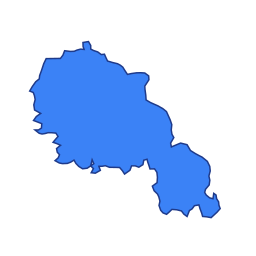 the district of Iperó, São Paulo, Brazil, rotated 188°
{"feature_id": "56859067B7713845214146", "entity_name": "Iperó", "entity_type": "district", "adm_level": 2, "iso_a3": "BRA", "parent_name": "Brazil", "parent_adm1": "São Paulo", "projection": "albers", "projection_center": [-47.636, -23.405], "detail": "fine", "context": "isolated", "style": "filled", "palette": "blue", "viewbox_px": 256, "rotation_deg": 188, "n_neighbors": 0, "source": "geoboundaries", "source_scale": "gbopen_adm2", "svg_char_len": 2136}
<svg xmlns="http://www.w3.org/2000/svg" viewBox="0 0 256 256"><g transform="rotate(188 128 128)"><path d="M201.5,195.7L202.6,191.0L204.6,187.5L218.7,185.3L220.4,179.9L221.6,173.2L222.8,167.6L222.7,164.3L225.8,161.0L228.5,155.8L230.5,150.9L226.8,150.0L225.2,147.1L223.9,143.3L224.5,137.8L223.0,132.8L219.3,131.4L216.5,130.3L220.4,126.6L222.6,122.3L218.6,121.4L214.0,120.3L213.7,115.9L216.4,113.6L219.8,113.1L215.2,110.4L212.3,110.1L209.3,111.0L206.6,112.2L202.9,112.7L198.7,112.9L196.1,109.9L198.2,106.7L200.2,103.4L196.2,102.6L192.4,101.5L195.9,97.7L194.7,94.2L192.1,92.0L193.0,88.7L195.7,85.5L191.2,83.8L188.0,83.6L183.1,84.5L180.0,86.2L177.0,88.7L174.7,85.7L171.4,83.1L167.3,81.3L162.8,82.5L159.7,85.3L156.6,83.0L158.2,78.6L154.1,78.7L149.5,82.2L151.5,86.0L148.3,86.5L145.2,87.5L140.9,86.5L134.6,87.3L130.8,87.7L127.6,84.9L125.0,81.9L120.2,86.4L119.2,91.0L115.5,91.5L111.8,90.7L108.1,93.8L107.9,98.3L104.8,99.7L103.6,96.8L102.0,93.7L100.5,90.5L96.0,91.2L93.2,88.1L92.0,83.3L91.6,77.9L95.8,73.8L93.4,69.5L89.6,66.7L87.9,64.1L86.2,60.0L86.5,55.6L84.2,51.1L81.5,48.8L77.8,47.9L75.7,50.3L73.2,53.5L68.3,53.8L63.5,53.3L60.7,50.5L57.2,48.6L55.7,54.8L53.3,56.8L51.4,60.3L47.1,61.7L45.4,58.0L43.2,54.0L41.8,50.8L37.6,51.0L33.2,50.8L28.2,56.9L25.5,61.0L27.2,64.2L28.0,67.5L30.4,70.3L31.5,73.9L34.0,75.2L34.0,69.8L37.5,70.2L41.2,72.5L43.1,74.9L42.7,78.1L39.7,82.9L39.7,87.7L41.2,91.7L40.6,96.9L41.7,101.4L44.8,106.0L50.6,109.5L53.3,110.4L57.9,112.1L63.0,114.4L67.2,119.7L73.8,120.4L77.2,118.4L82.4,115.3L83.7,119.0L81.3,124.9L83.6,127.9L84.9,132.1L85.1,137.4L87.3,141.8L89.5,145.3L92.2,149.6L96.0,151.9L101.4,154.1L105.7,155.3L109.5,156.4L114.0,158.3L115.0,163.1L116.6,168.8L117.2,171.8L114.0,178.7L114.8,182.5L119.0,184.8L123.1,184.5L127.3,183.8L132.2,182.4L136.0,181.0L139.2,184.6L141.6,187.5L144.3,189.1L147.3,190.2L152.4,190.7L157.6,191.5L159.7,194.7L161.6,197.8L164.7,197.0L168.5,199.1L173.1,200.0L175.9,201.0L176.4,204.5L179.2,208.1L184.5,206.4L183.8,202.4L182.4,199.7L186.0,199.5L189.5,198.0L191.9,196.5L195.7,195.8L201.5,195.7ZM159.7,85.3L159.1,91.5L156.9,87.9L159.7,85.3Z" fill="#3b82f6" stroke="#1e3a8a" stroke-width="1.5"/></g></svg>